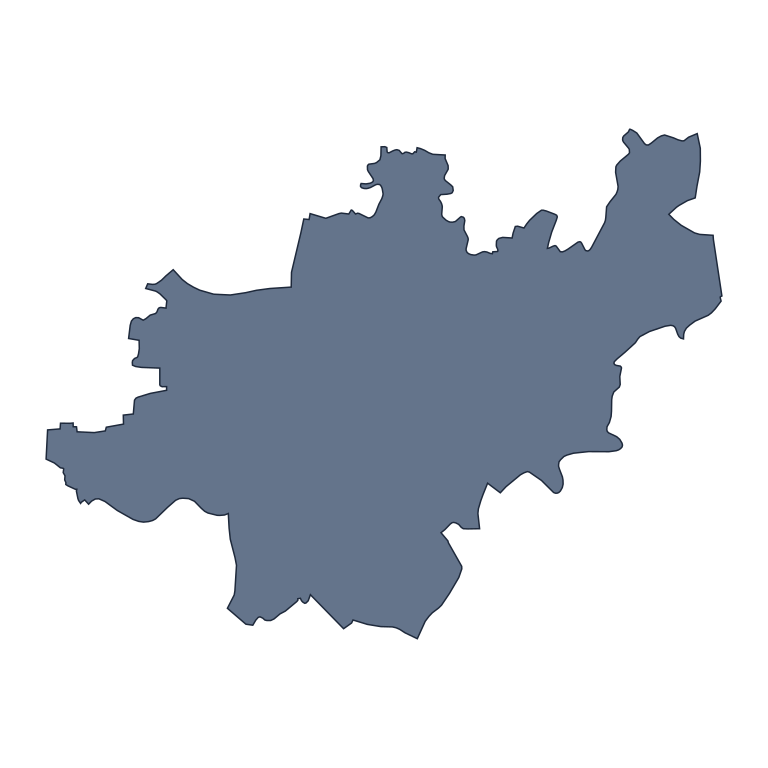 Hai Duong, Hải Dương, Vietnam (Mercator projection)
{"feature_id": "81297802B68427461655945", "entity_name": "Hai Duong", "entity_type": "district", "adm_level": 2, "iso_a3": "VNM", "parent_name": "Vietnam", "parent_adm1": "Hải Dương", "projection": "mercator", "projection_center": [106.339, 20.94], "detail": "fine", "context": "isolated", "style": "filled", "palette": "slate", "viewbox_px": 768, "rotation_deg": 0, "n_neighbors": 0, "source": "geoboundaries", "source_scale": "gbopen_adm2", "svg_char_len": 6099}
<svg xmlns="http://www.w3.org/2000/svg" viewBox="0 0 768 768"><path d="M88.6,504.2L91.6,501.1L95.3,499.0L98.9,498.8L105.0,501.5L117.3,510.5L133.0,519.4L138.7,521.4L143.5,522.1L148.6,521.6L152.6,520.5L155.6,518.9L167.5,507.4L175.6,500.3L179.3,498.6L182.7,498.2L188.7,498.6L194.5,501.3L201.3,508.3L204.7,511.3L207.9,513.0L217.1,515.3L219.7,515.4L224.5,515.0L228.3,513.5L229.1,528.1L230.3,539.3L235.0,557.5L236.5,565.3L234.9,590.9L234.2,595.0L227.4,608.3L245.9,624.2L252.8,625.2L255.8,620.1L258.2,617.4L260.0,616.8L262.9,618.2L264.8,620.0L266.8,620.5L270.7,620.5L274.1,618.9L280.0,613.9L285.3,611.1L296.5,601.8L297.8,600.4L297.8,598.7L300.4,598.3L301.5,600.7L302.8,602.1L304.7,603.3L306.0,603.0L308.2,600.8L310.4,594.7L343.6,628.7L351.6,623.0L353.0,620.0L367.4,624.4L380.8,626.6L392.4,626.9L396.2,627.8L399.6,629.3L405.0,632.8L417.3,638.7L425.2,621.3L428.9,616.4L432.3,612.8L438.6,608.0L441.5,605.2L449.4,593.5L458.8,577.5L461.8,568.9L461.7,566.3L448.4,542.8L447.9,540.9L441.0,532.7L444.9,529.6L450.3,524.0L452.1,522.7L453.6,522.4L455.8,522.9L458.7,524.4L461.3,527.4L463.3,528.7L467.9,528.9L479.6,528.7L477.9,513.5L478.4,508.8L480.8,500.7L483.0,494.6L487.6,483.2L500.3,492.8L506.0,486.7L520.4,474.8L523.8,472.9L527.3,471.6L529.4,472.1L541.4,480.4L553.6,492.5L555.4,493.2L557.0,493.2L558.7,492.6L560.4,491.0L562.3,487.6L563.1,484.1L563.0,480.1L562.4,476.8L559.5,469.3L558.6,466.4L558.6,464.7L559.0,461.9L560.6,459.7L563.9,456.5L566.9,455.1L573.5,453.2L588.5,451.6L609.0,451.7L616.3,450.7L618.6,449.9L620.6,448.6L622.1,446.9L622.5,445.1L622.0,443.1L619.8,439.4L616.7,436.7L608.7,432.9L607.3,431.5L606.8,429.8L607.0,426.8L609.4,422.5L611.1,416.5L611.5,411.3L611.7,399.7L612.2,396.2L613.8,392.0L619.3,387.1L620.2,384.5L619.8,376.5L621.5,368.0L621.3,367.2L620.3,366.1L616.3,365.4L614.6,364.6L613.9,363.2L614.3,361.7L617.2,358.8L624.8,352.4L635.4,342.7L637.7,339.2L639.9,336.6L649.5,331.5L665.1,326.2L670.8,325.3L673.2,325.8L674.6,326.8L675.6,328.3L677.7,334.2L679.0,336.6L680.7,338.1L683.5,338.9L683.7,334.3L684.4,331.5L686.4,328.1L689.7,325.1L695.1,321.1L708.2,315.3L711.4,312.9L715.2,308.9L721.1,301.1L720.2,297.6L720.4,296.7L721.9,296.0L713.4,239.5L713.1,235.3L699.7,234.4L694.5,232.9L681.2,225.3L673.8,219.4L668.8,214.3L676.4,207.3L679.1,205.4L687.5,200.6L695.2,197.9L697.0,186.1L699.7,172.0L700.4,161.1L700.3,148.3L697.2,133.6L688.6,137.2L684.0,140.8L682.0,140.9L678.0,139.8L673.6,137.9L664.6,135.0L661.3,135.9L657.6,137.9L651.4,143.0L648.4,145.0L646.2,144.9L644.5,143.6L636.8,133.0L632.7,130.4L630.3,129.3L629.6,129.3L628.4,131.9L623.7,136.0L622.8,137.5L622.6,139.5L622.8,140.7L623.6,142.2L628.5,148.1L629.3,149.4L629.5,152.8L628.5,154.2L620.2,161.1L616.7,165.1L615.9,166.8L615.6,172.3L618.1,186.5L617.8,189.5L617.0,192.0L616.0,194.3L609.9,201.9L606.6,206.8L605.8,217.4L605.4,220.3L604.6,222.7L591.7,247.1L590.1,249.5L588.8,250.6L587.8,251.0L585.8,250.6L585.0,249.8L581.7,243.3L580.8,242.1L579.9,241.7L578.0,242.1L568.0,249.1L565.0,250.9L562.4,251.9L560.3,251.7L556.2,246.1L555.0,245.6L553.2,246.1L549.0,248.1L547.4,248.4L548.6,242.8L551.7,232.1L556.2,220.5L557.2,217.3L557.2,216.4L556.6,215.2L554.7,214.2L546.3,211.0L543.2,210.2L541.5,210.2L536.7,213.5L529.6,220.3L526.5,224.2L524.0,228.0L517.6,226.2L515.3,226.5L513.1,233.1L512.1,238.0L502.7,237.4L498.9,238.4L497.4,239.7L496.5,241.1L496.3,245.1L496.5,246.7L497.7,249.3L497.9,250.8L497.6,251.5L492.8,251.8L492.4,253.7L490.2,253.4L486.9,252.0L484.4,251.6L482.5,251.9L476.0,254.9L474.2,255.1L470.8,254.6L468.7,253.7L467.1,252.5L466.1,250.3L466.1,248.7L468.2,239.8L468.1,238.2L467.4,236.4L464.0,229.9L463.9,226.1L464.8,220.6L464.3,218.3L463.3,217.2L461.3,216.6L460.4,217.1L455.4,221.5L452.5,222.2L450.1,222.1L448.6,221.6L446.2,220.3L442.7,217.1L442.1,216.1L441.7,214.3L442.3,206.8L442.1,205.5L441.6,203.7L440.5,201.4L439.0,199.4L438.6,198.3L438.6,197.2L440.7,194.6L447.0,194.2L450.8,193.5L452.2,192.7L453.2,190.5L452.7,186.8L450.9,185.0L445.5,180.7L444.5,179.4L444.2,178.3L444.6,175.6L448.1,169.4L448.2,168.6L448.1,165.6L445.1,158.5L445.2,155.0L432.8,154.3L428.7,152.7L424.6,150.3L420.5,148.6L417.1,147.7L416.3,152.1L414.7,151.8L412.8,153.8L411.5,153.8L408.9,152.7L406.4,152.1L404.9,152.3L403.7,153.3L402.4,153.7L401.9,153.6L399.2,150.4L396.9,149.7L395.1,150.0L392.8,150.9L389.1,152.8L388.1,152.7L387.5,152.5L387.1,151.7L386.8,147.5L384.9,146.7L381.1,146.8L380.9,155.7L379.9,159.8L376.5,162.6L374.6,163.4L368.8,164.2L367.8,165.2L367.4,166.1L367.5,169.7L368.3,171.5L373.1,178.7L373.4,180.8L372.6,182.0L370.3,183.2L366.0,183.9L361.1,183.5L360.6,184.8L360.5,186.3L361.0,187.1L361.8,187.8L364.1,188.5L366.5,188.6L368.0,188.3L370.5,187.5L375.8,184.7L377.3,184.3L379.6,184.5L380.6,185.4L381.5,186.8L382.2,188.6L383.1,193.9L382.8,195.7L381.8,198.7L378.9,204.2L375.9,212.0L374.3,214.8L372.3,216.6L370.1,217.8L368.1,217.9L359.1,213.5L357.6,213.2L355.5,214.0L352.8,210.9L351.8,210.1L351.2,210.1L348.8,214.0L341.3,213.1L338.9,213.6L325.8,218.3L310.1,213.6L309.1,219.5L303.8,219.0L300.9,232.7L291.5,272.3L291.2,287.1L269.9,288.5L256.4,290.3L245.6,292.7L230.3,295.0L213.7,294.2L199.8,290.2L193.5,287.2L187.4,283.6L182.2,279.5L173.2,269.7L166.1,275.7L161.5,280.2L156.9,283.4L155.2,284.2L152.5,284.4L147.7,283.8L145.7,288.5L155.6,291.1L157.3,292.0L160.0,293.9L166.0,299.8L166.8,300.8L166.0,308.1L161.4,307.5L160.1,307.5L158.9,308.0L158.0,309.1L157.0,311.8L155.6,313.5L150.2,315.1L146.0,318.6L143.2,320.2L138.6,317.7L135.7,317.6L133.3,318.8L131.4,321.1L130.2,325.3L128.6,338.5L139.1,340.3L139.3,348.7L138.5,353.9L137.7,356.7L137.1,357.4L134.5,358.5L132.6,360.6L132.3,362.5L132.5,365.2L135.6,366.5L141.5,367.4L159.8,368.1L159.8,384.8L160.3,385.8L162.1,386.7L166.6,386.6L166.6,390.3L150.3,393.4L138.1,397.1L135.9,398.2L134.5,400.2L133.3,414.0L123.3,415.1L123.5,424.1L106.3,427.2L105.3,430.9L94.3,432.6L77.1,431.8L76.5,426.8L73.2,426.7L73.1,423.0L70.0,423.3L60.5,423.2L60.1,428.9L47.6,429.9L46.1,459.1L54.4,463.0L60.4,467.8L63.2,468.3L63.7,468.8L63.2,472.6L65.0,475.8L64.7,479.9L65.9,482.6L65.8,484.5L67.8,485.8L75.4,489.3L76.8,489.3L76.4,491.1L77.9,498.5L78.6,500.5L80.6,503.4L81.3,502.3L84.7,499.9L88.6,504.2Z" fill="#64748b" stroke="#1e293b" stroke-width="1.5"/></svg>